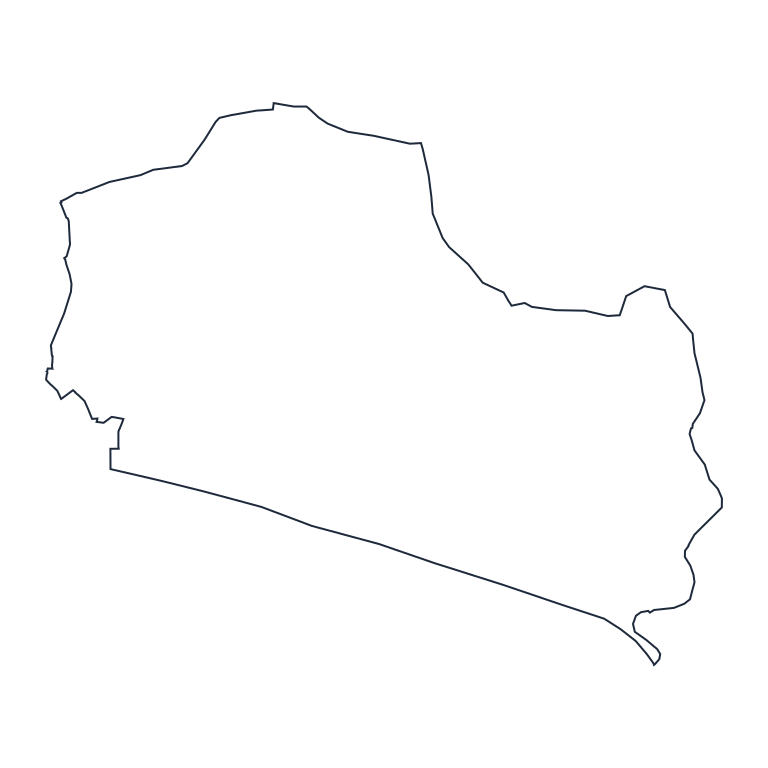 outline of Mambah Kaba, Margibi, Liberia
{"feature_id": "62588387B59975354142856", "entity_name": "Mambah Kaba", "entity_type": "district", "adm_level": 2, "iso_a3": "LBR", "parent_name": "Liberia", "parent_adm1": "Margibi", "projection": "orthographic", "projection_center": [-10.524, 6.256], "detail": "fine", "context": "isolated", "style": "outline", "palette": "slate", "viewbox_px": 768, "rotation_deg": 0, "n_neighbors": 0, "source": "geoboundaries", "source_scale": "gbopen_adm2", "svg_char_len": 3285}
<svg xmlns="http://www.w3.org/2000/svg" viewBox="0 0 768 768"><path d="M142.9,174.1L140.6,175.1L110.5,181.7L109.3,182.0L82.5,192.5L81.6,192.9L76.8,192.9L74.2,194.3L66.2,198.8L60.9,201.3L61.4,202.4L60.4,203.0L61.3,204.8L66.4,217.7L67.7,218.3L68.7,220.9L68.9,223.8L69.8,241.1L70.0,242.8L69.9,245.0L66.7,256.2L64.8,257.8L64.2,258.2L65.2,259.5L66.5,265.0L67.1,266.8L69.6,274.1L70.8,280.2L70.8,280.4L71.5,283.7L71.3,287.1L70.9,291.9L67.2,303.7L66.4,306.2L66.3,306.5L64.2,313.3L63.9,314.0L63.8,314.4L61.1,320.7L60.8,321.4L59.5,324.6L51.9,342.9L51.6,343.6L50.9,345.3L51.3,348.5L51.2,348.5L51.5,351.6L51.6,352.2L51.8,355.0L52.3,355.5L52.6,356.4L52.3,356.6L52.5,357.3L52.5,358.4L52.5,359.1L52.4,361.7L52.3,362.7L52.0,365.4L52.0,365.5L52.2,367.2L52.2,368.5L51.9,368.5L52.0,368.6L47.8,368.5L47.5,369.3L47.4,370.7L47.0,371.3L46.8,371.5L47.0,371.6L47.4,372.5L47.4,373.0L47.3,373.6L47.2,373.7L46.8,374.3L46.5,376.6L46.1,379.5L46.4,380.1L50.3,384.2L52.6,386.2L57.3,390.8L59.2,394.8L60.5,397.8L61.0,398.9L61.1,399.0L73.0,390.2L75.4,392.3L75.3,392.6L78.8,395.5L84.5,401.0L88.1,409.0L91.9,418.5L92.1,418.9L95.1,418.7L97.4,418.5L97.2,420.0L96.7,421.6L96.6,421.9L99.8,422.3L103.6,422.8L103.9,422.6L111.6,416.9L114.3,417.3L118.7,418.1L123.4,419.0L121.9,423.2L119.3,429.5L119.0,429.8L118.4,431.9L118.4,446.7L118.7,448.7L110.4,448.8L110.5,466.2L110.5,469.1L154.6,479.3L161.0,480.8L202.9,491.2L253.2,504.7L261.3,506.9L311.8,525.9L356.3,537.9L379.3,544.1L383.6,545.6L433.8,562.9L434.4,563.1L502.6,584.7L550.4,600.9L562.2,604.9L604.2,618.7L620.6,629.2L635.7,641.0L646.9,654.2L653.5,663.4L654.0,664.9L655.1,664.0L656.3,662.6L659.3,659.2L660.2,654.0L657.1,649.0L653.2,645.8L646.5,640.1L634.8,631.8L633.0,623.9L635.9,615.8L637.9,614.4L640.9,612.2L648.2,610.9L649.9,612.6L654.0,610.0L673.9,607.9L676.9,606.7L684.4,603.7L690.0,599.3L692.7,588.9L694.0,584.2L694.5,582.1L693.7,576.5L693.5,574.8L690.3,565.6L684.8,556.8L684.9,555.8L685.0,550.8L688.6,545.9L688.5,545.2L694.4,534.7L699.9,529.2L721.8,507.5L721.8,507.1L721.9,501.7L721.9,498.3L720.3,494.4L717.8,488.8L709.5,479.6L704.7,464.4L702.0,460.8L699.0,456.6L694.5,450.4L691.7,440.3L689.6,434.1L690.2,431.4L691.0,428.4L692.3,428.0L692.8,423.9L699.9,413.3L700.8,410.7L704.5,400.1L704.3,399.5L704.1,398.7L703.6,396.6L702.5,392.2L700.5,377.7L697.6,365.9L696.1,359.7L694.5,353.3L694.0,348.4L693.1,339.8L692.9,337.4L692.8,336.2L692.5,333.5L691.0,331.7L690.6,331.2L688.0,328.0L683.9,323.0L670.1,307.0L667.1,297.3L664.9,290.1L644.5,286.2L626.2,296.1L621.4,310.4L619.7,315.3L618.2,315.3L607.9,316.0L585.0,310.7L557.1,310.2L556.2,310.2L549.0,309.2L531.9,306.9L524.7,303.0L511.6,305.7L509.0,301.7L508.3,300.7L503.7,292.5L501.3,291.4L482.7,282.7L471.8,268.8L468.2,264.3L449.2,247.2L442.6,238.0L439.8,231.0L437.0,224.2L435.4,220.1L432.7,213.6L432.1,205.7L431.4,197.1L428.6,175.1L427.1,168.4L422.7,149.0L421.1,143.5L421.0,143.1L409.9,143.7L376.5,136.4L372.9,135.6L372.5,135.6L367.9,134.9L347.9,131.8L343.1,129.9L327.6,123.6L318.7,117.6L314.0,113.2L309.3,108.8L306.4,106.5L297.9,106.5L295.3,106.5L293.5,106.5L273.7,103.1L272.9,109.5L260.8,110.4L256.8,110.6L253.4,111.2L235.0,114.5L231.3,115.1L219.4,117.9L218.8,118.5L216.7,120.8L215.7,121.8L206.8,136.1L204.7,139.5L188.2,162.3L187.4,163.3L182.0,166.0L153.2,169.8L142.9,174.1Z" fill="none" stroke="#1e293b" stroke-width="2"/></svg>